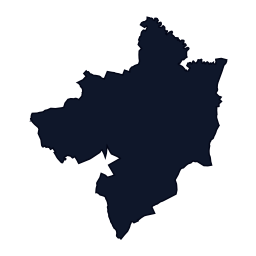 Sambata, Bihor, Romania, rotated 181°
{"feature_id": "2599482B53181341706292", "entity_name": "Sambata", "entity_type": "district", "adm_level": 2, "iso_a3": "ROU", "parent_name": "Romania", "parent_adm1": "Bihor", "projection": "mercator", "projection_center": [22.198, 46.801], "detail": "fine", "context": "isolated", "style": "filled", "palette": "ink", "viewbox_px": 256, "rotation_deg": 181, "n_neighbors": 0, "source": "geoboundaries", "source_scale": "gbopen_adm2", "svg_char_len": 5791}
<svg xmlns="http://www.w3.org/2000/svg" viewBox="0 0 256 256"><g transform="rotate(181 128 128)"><path d="M171.8,177.7L173.9,175.3L179.4,172.5L178.0,171.8L176.3,169.8L176.1,168.5L175.3,168.0L174.4,166.7L174.1,166.0L173.8,163.8L174.3,162.6L174.0,162.5L174.0,162.0L174.3,161.2L174.6,159.1L177.5,155.5L180.4,156.6L181.4,156.6L182.3,156.1L185.7,156.3L188.5,155.5L191.3,151.8L192.5,147.6L194.2,147.0L200.8,146.0L205.6,146.2L208.7,144.7L211.2,144.1L212.8,142.8L213.8,142.4L216.8,141.9L219.1,141.2L224.0,140.9L224.7,139.2L224.9,137.7L224.6,137.1L224.9,136.0L225.4,135.9L225.5,135.3L225.3,135.0L224.4,134.3L224.4,134.0L225.0,133.5L224.2,133.4L223.5,132.3L221.4,130.1L217.6,126.9L216.9,125.2L217.6,121.0L214.7,114.8L213.9,109.1L213.1,107.8L212.1,107.8L211.5,108.2L210.4,108.6L209.6,107.3L208.1,107.7L207.5,107.3L206.5,107.7L205.1,105.4L202.7,106.6L200.0,102.6L201.3,102.2L199.9,99.9L199.0,98.7L199.1,98.4L197.7,96.4L194.0,92.4L193.0,92.2L192.8,92.3L191.7,94.8L191.3,95.1L190.8,95.3L190.1,95.2L189.8,95.5L189.7,96.1L191.4,97.0L190.7,98.1L189.6,98.6L188.8,99.4L187.3,99.6L186.3,99.2L185.9,99.3L184.7,98.9L183.3,97.5L182.8,97.2L180.7,98.6L179.1,96.2L177.7,93.9L177.3,92.9L176.6,91.8L165.8,96.4L163.6,97.8L155.9,103.1L154.6,105.2L153.5,105.7L151.5,101.8L150.2,98.3L149.3,102.3L148.8,108.4L148.6,109.8L145.3,103.7L144.1,101.9L138.9,99.7L135.8,98.1L135.2,97.4L146.7,90.6L146.2,89.7L140.7,80.8L143.8,79.5L147.7,78.3L149.7,80.2L151.8,81.2L154.0,82.1L154.3,81.1L155.1,78.0L157.9,73.1L158.2,72.3L157.9,69.9L158.4,68.2L158.7,66.4L158.9,62.9L158.0,63.0L156.4,62.2L154.6,60.6L153.7,60.5L151.4,59.8L149.7,59.1L149.3,58.3L148.5,56.2L148.0,55.6L147.2,53.5L146.5,50.1L147.1,48.6L146.6,46.4L146.6,44.0L145.8,41.9L145.6,41.1L145.6,39.7L145.3,38.6L145.0,38.2L144.5,36.8L143.7,35.0L143.6,34.0L142.1,31.7L141.3,29.7L140.5,28.5L140.0,27.5L139.1,27.0L138.0,25.7L137.6,24.9L137.2,22.7L137.5,20.4L137.3,19.6L135.8,18.0L135.2,18.2L133.9,17.9L133.1,17.0L129.9,21.1L126.7,24.8L125.1,28.2L124.6,29.8L124.2,31.6L123.5,32.8L123.1,34.4L122.0,34.5L121.3,34.2L120.4,33.4L116.3,35.4L116.7,36.2L115.7,36.6L113.3,38.6L110.3,40.6L108.4,41.2L99.9,43.2L102.9,49.5L101.8,50.7L100.4,51.3L98.3,52.6L98.0,52.4L97.5,52.6L94.3,54.9L92.3,55.6L90.4,56.6L78.9,62.8L78.1,66.9L78.5,71.7L78.7,73.1L80.1,76.9L77.2,82.3L75.7,86.1L74.8,87.8L74.2,88.4L72.7,89.1L72.2,89.1L71.8,89.3L69.3,91.8L67.8,93.0L67.0,93.5L64.5,94.3L63.8,95.1L62.3,96.2L60.3,95.6L59.0,95.7L58.5,96.0L51.5,91.8L47.5,91.7L43.8,92.4L44.8,95.9L45.2,99.1L45.5,100.6L46.4,102.7L46.6,104.6L46.7,106.2L46.7,107.1L46.5,109.2L46.1,111.7L46.4,112.3L46.4,113.3L46.0,115.0L45.6,115.8L45.1,116.6L44.9,117.5L42.9,119.0L42.5,119.6L42.2,120.9L41.0,123.3L40.3,125.1L39.5,127.7L37.0,132.3L37.5,132.9L39.7,139.8L39.8,142.5L39.4,142.8L39.8,147.2L39.7,148.9L40.0,150.7L37.5,151.2L37.5,154.1L36.3,154.9L35.0,156.2L37.3,158.4L35.9,159.8L35.4,160.5L36.6,161.0L37.6,161.1L40.9,164.4L39.4,166.9L39.2,167.7L39.4,169.1L39.7,170.1L39.6,171.0L39.5,172.9L39.0,175.1L35.1,186.4L33.3,192.4L31.5,194.3L30.7,196.2L30.7,197.1L30.5,197.8L36.0,199.1L41.4,198.2L41.4,197.4L41.0,196.5L41.0,195.9L41.3,195.0L41.3,193.8L42.0,193.2L42.7,193.4L43.1,193.7L43.8,194.5L43.8,195.0L45.6,193.6L46.3,194.4L46.9,194.3L46.9,193.9L47.4,193.2L48.2,193.4L48.8,194.5L49.7,195.4L50.3,195.2L51.4,194.3L51.7,193.6L52.3,193.7L52.5,194.0L52.7,194.9L53.0,195.3L53.5,195.1L54.1,194.0L54.6,193.9L55.1,194.3L55.4,195.1L55.4,195.7L55.7,196.6L55.5,197.6L56.0,197.9L57.0,197.2L59.0,197.4L59.3,197.0L59.3,196.6L59.4,195.8L60.5,194.8L60.5,194.3L60.7,194.0L61.2,194.0L62.5,194.4L63.6,195.9L64.0,196.0L64.8,194.6L64.8,193.9L65.2,193.3L65.7,193.2L66.0,193.3L66.4,193.7L66.6,194.4L67.2,194.5L68.0,194.2L68.5,193.5L68.9,193.5L69.2,193.7L70.2,191.4L69.3,190.6L67.0,189.1L68.1,187.5L68.1,186.6L69.0,186.0L69.9,185.8L70.3,185.9L70.5,186.1L70.6,186.7L71.4,186.3L71.9,186.6L72.1,187.5L74.7,190.3L78.3,192.3L78.8,192.8L78.5,193.4L77.3,193.7L74.9,197.5L73.5,197.3L72.0,198.9L70.3,200.0L70.8,201.1L70.9,205.1L70.3,206.6L68.9,207.7L68.6,208.3L68.6,208.8L69.1,209.3L69.5,209.5L70.2,209.4L70.9,208.9L72.3,208.4L73.5,208.9L73.8,209.3L73.9,209.5L73.3,210.3L71.7,211.3L71.4,211.6L71.6,212.3L72.1,213.0L72.7,213.1L74.0,212.5L74.5,212.7L73.8,214.7L73.6,215.9L73.7,216.4L74.1,216.6L75.7,216.7L77.4,215.6L77.8,215.7L78.0,216.3L78.4,217.0L79.7,216.6L80.0,216.9L79.4,217.6L79.4,218.5L79.6,218.9L82.7,219.1L84.1,220.9L85.5,221.8L85.9,222.9L85.3,224.6L85.7,225.3L86.0,225.4L86.9,225.2L88.1,224.6L90.8,222.0L91.7,222.5L92.0,222.9L91.2,223.7L90.4,225.2L90.4,225.7L90.8,225.9L91.6,225.1L92.2,225.7L92.8,226.5L93.1,227.5L93.0,228.5L93.1,229.4L94.4,230.7L95.2,230.4L95.5,229.3L95.7,229.0L96.1,229.3L96.9,229.0L98.5,229.3L98.9,229.6L99.0,230.3L98.8,230.7L97.4,231.0L97.0,231.5L96.6,232.4L96.7,233.6L97.0,234.1L97.4,234.2L99.1,233.5L100.3,233.4L100.6,233.9L100.7,234.7L99.8,235.8L99.7,236.2L100.4,237.1L100.6,237.7L101.4,238.1L102.9,238.1L103.1,237.8L103.0,237.2L103.3,236.3L103.7,236.0L104.1,236.2L104.9,236.7L105.3,237.4L105.4,237.7L106.6,238.2L107.2,237.9L108.3,238.5L110.7,239.0L110.7,237.0L111.0,236.2L112.5,234.9L113.0,234.6L114.1,234.5L115.4,233.9L116.3,233.3L117.3,231.4L113.2,228.9L111.2,230.4L110.4,228.9L111.6,226.3L112.2,225.4L114.0,226.1L114.5,225.9L115.9,224.3L116.2,223.5L116.6,221.3L116.7,220.2L117.1,219.6L117.7,219.4L118.8,216.2L118.0,215.3L119.2,211.6L115.8,207.7L118.1,205.2L118.2,201.4L118.0,198.0L117.6,195.4L117.7,194.4L118.5,191.9L122.2,190.5L124.0,189.3L125.4,188.8L127.0,186.7L127.3,184.1L132.4,185.7L134.1,181.0L136.6,181.4L138.0,181.9L141.3,182.4L142.7,183.0L144.8,183.2L149.6,184.0L152.5,176.6L153.6,177.0L153.9,176.9L154.5,177.1L156.3,178.0L156.3,178.5L157.8,179.3L161.3,179.9L163.3,179.9L164.8,180.7L165.7,181.2L166.7,181.2L168.6,183.5L170.1,183.4L170.8,184.3L173.1,181.7L170.5,178.9L171.8,177.7Z" fill="#0f172a" stroke="#020617" stroke-width="1.5"/></g></svg>